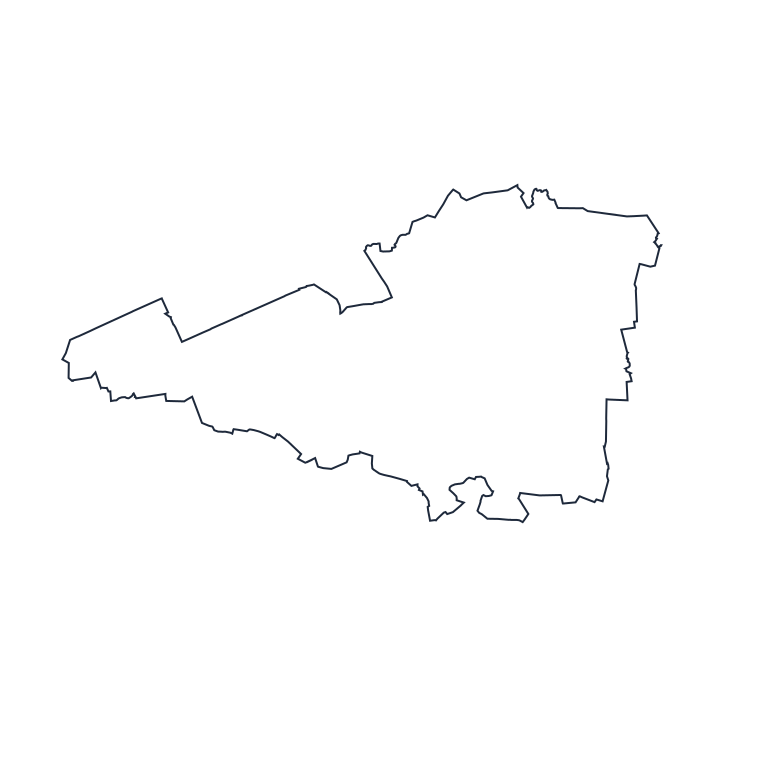 Platones pag., Jelgava, Latvia (Mercator projection), rotated 255°
{"feature_id": "27541924B52007351814960", "entity_name": "Platones pag.", "entity_type": "district", "adm_level": 2, "iso_a3": "LVA", "parent_name": "Latvia", "parent_adm1": "Jelgava", "projection": "mercator", "projection_center": [23.71, 56.549], "detail": "fine", "context": "isolated", "style": "outline", "palette": "slate", "viewbox_px": 768, "rotation_deg": 255, "n_neighbors": 0, "source": "geoboundaries", "source_scale": "gbopen_adm2", "svg_char_len": 6085}
<svg xmlns="http://www.w3.org/2000/svg" viewBox="0 0 768 768"><g transform="rotate(255 384 384)"><path d="M518.0,596.2L518.1,595.3L518.3,594.3L519.4,592.3L520.4,591.5L521.4,591.2L522.9,591.3L523.7,590.6L524.8,590.8L525.6,591.5L527.3,591.7L529.3,591.0L529.2,590.8L529.4,590.4L529.4,590.0L529.5,589.9L529.5,588.6L528.9,587.3L528.7,586.6L528.8,585.9L529.0,585.6L529.8,585.8L530.4,585.7L530.9,584.8L530.9,583.7L530.8,582.5L531.2,582.0L531.7,581.7L532.8,581.8L533.2,581.5L533.2,580.7L532.8,579.6L531.6,578.5L531.1,578.1L529.8,577.5L527.2,575.6L526.6,575.5L525.1,575.9L524.4,575.9L522.7,574.4L522.2,574.2L521.7,574.2L520.2,574.8L519.0,574.8L518.6,574.2L518.5,573.8L517.9,572.3L517.1,571.2L516.9,570.8L516.6,569.7L517.2,568.9L517.6,568.6L517.7,568.3L517.3,567.8L529.5,564.8L532.3,568.2L539.2,563.9L541.6,564.3L539.1,553.7L539.1,553.4L541.1,537.8L542.3,529.8L542.3,529.1L540.1,511.2L544.4,506.8L548.5,506.2L553.9,501.2L553.7,500.8L549.3,494.5L542.2,487.7L537.0,481.9L531.7,476.3L535.7,469.7L534.5,465.2L533.5,457.6L533.4,455.1L533.2,453.5L523.1,447.3L523.0,446.3L523.1,445.3L522.5,443.5L523.3,440.7L523.3,438.9L523.0,437.8L522.2,436.7L521.4,435.7L517.2,432.5L516.8,432.0L516.6,431.2L515.7,430.2L514.3,430.8L513.9,430.8L513.4,430.5L513.1,429.8L513.3,428.3L513.3,427.8L513.5,427.0L510.8,426.1L510.7,423.7L512.2,417.4L513.4,415.0L520.8,416.1L521.2,414.6L521.1,413.2L522.0,410.3L522.0,409.1L521.6,408.2L520.9,407.5L520.9,406.7L521.1,406.1L521.6,405.5L522.2,404.3L521.9,403.2L520.9,402.0L519.8,401.9L518.3,400.8L517.7,399.5L486.5,409.2L482.7,410.6L477.4,412.3L465.6,414.0L464.0,402.8L463.8,402.8L464.3,400.4L464.9,395.6L464.3,394.3L464.4,393.5L464.4,392.8L465.0,390.6L466.3,384.8L466.5,382.8L467.2,374.4L467.8,368.4L467.6,367.7L464.4,362.9L463.6,361.2L463.3,360.0L464.0,360.1L466.5,360.9L471.6,361.5L478.0,360.3L485.2,354.2L485.3,354.3L486.4,353.5L486.4,353.2L486.8,352.8L487.4,352.6L487.9,352.1L487.7,351.6L498.3,342.1L498.2,341.1L498.4,337.2L498.6,335.1L498.7,334.6L498.1,334.2L497.9,333.7L497.9,332.5L498.0,326.5L496.9,326.6L494.9,311.5L494.6,310.7L492.0,294.1L487.2,263.2L487.1,263.3L487.1,262.9L483.9,242.9L483.9,242.5L482.2,231.5L481.8,230.6L480.6,222.4L477.6,203.7L477.0,199.7L492.7,197.2L495.6,196.3L495.9,195.9L502.8,195.0L503.7,195.5L504.7,194.1L508.5,190.9L509.0,194.0L523.9,191.5L524.2,191.5L524.2,191.1L519.3,160.4L519.0,159.2L512.4,120.1L511.2,113.6L509.1,101.0L509.1,100.3L508.8,98.3L507.8,92.2L496.2,84.7L491.0,79.7L485.9,85.0L471.5,80.9L467.7,83.5L467.6,84.3L468.1,84.3L466.1,102.8L469.9,108.3L453.3,109.5L453.6,109.9L452.0,114.6L452.0,115.3L448.1,115.9L447.7,117.7L438.2,115.9L437.8,119.9L437.5,121.0L437.7,121.9L438.0,122.5L438.7,123.9L438.9,125.4L439.0,127.2L438.7,128.9L438.3,130.6L437.3,131.5L436.6,132.8L436.4,133.4L436.4,134.0L437.0,135.8L437.8,137.6L438.2,138.2L439.2,138.8L439.7,139.8L436.8,140.4L436.1,140.1L436.1,140.6L434.3,140.9L431.0,170.3L429.4,169.8L425.5,169.4L424.0,169.3L422.1,175.7L418.9,186.6L420.0,190.0L421.4,195.4L393.5,198.1L389.1,203.9L388.6,204.7L387.4,207.0L386.7,207.4L383.3,208.1L381.0,211.4L379.9,214.9L379.6,215.6L379.1,218.1L378.8,218.8L376.7,223.0L375.3,224.6L379.1,226.8L379.3,227.1L379.2,227.3L377.7,230.8L373.8,239.4L374.8,241.9L374.9,242.3L374.8,242.6L374.7,243.1L373.2,246.3L370.9,250.3L369.7,252.1L365.5,257.5L362.3,261.5L360.0,264.2L360.0,264.3L360.7,265.1L362.6,266.9L363.3,267.7L362.0,269.0L362.4,269.7L358.9,272.1L353.2,276.4L337.8,285.8L334.1,281.4L328.4,287.5L328.3,287.8L329.1,292.2L328.9,292.0L329.4,294.7L329.6,294.9L330.3,298.3L321.4,298.8L321.1,299.0L318.5,303.5L315.6,311.2L318.0,327.6L320.3,329.4L324.0,331.1L324.1,332.2L324.1,335.5L323.3,342.4L324.8,343.2L323.7,344.4L317.5,354.1L310.4,351.7L305.4,350.9L303.6,352.1L299.0,356.1L298.2,357.1L296.2,360.4L294.1,364.4L293.1,366.4L288.3,374.6L284.3,381.1L283.6,380.8L283.4,380.9L278.5,384.1L278.4,390.4L276.4,389.9L273.9,391.3L272.6,390.3L270.3,393.4L267.0,393.0L267.3,393.9L262.8,396.0L259.1,396.7L257.4,396.3L254.6,396.1L254.0,394.4L250.5,393.9L240.0,393.1L239.5,397.1L239.1,398.9L238.9,399.0L240.2,400.9L244.3,408.5L244.4,410.3L242.0,411.4L242.4,417.4L246.9,427.0L247.1,427.2L248.8,430.4L252.9,424.1L254.7,424.6L256.4,424.8L256.9,424.7L260.5,422.7L264.8,419.9L266.8,420.6L267.4,421.2L268.2,422.9L268.7,426.5L268.2,430.6L268.0,431.4L267.9,433.9L268.0,435.0L270.8,439.5L271.5,442.0L268.5,447.0L270.4,448.8L269.8,451.6L269.4,453.9L268.9,454.2L266.8,456.8L259.7,457.8L252.9,460.3L252.1,461.6L248.8,459.1L248.7,458.9L248.7,456.3L249.3,453.2L251.0,451.3L250.4,449.8L246.2,447.0L245.3,446.8L243.0,445.4L237.4,441.5L234.9,442.6L233.0,444.7L227.1,449.0L224.1,459.5L220.6,469.1L220.2,470.8L220.0,471.0L218.3,477.1L217.5,479.1L217.0,479.8L214.7,482.2L216.5,484.5L221.1,489.8L238.0,484.6L238.7,484.1L242.2,486.6L243.5,487.3L236.1,505.5L231.1,525.8L230.7,526.2L222.5,525.8L222.2,525.9L220.1,538.4L224.7,543.5L224.8,543.5L224.9,544.0L223.1,546.2L215.4,556.8L217.5,559.3L214.1,564.8L232.8,575.7L237.2,575.5L243.6,578.1L244.0,579.0L247.8,579.6L249.7,579.5L249.4,578.8L266.7,580.2L266.3,581.0L271.0,583.5L290.6,589.1L293.2,589.7L311.6,595.0L310.7,597.5L305.2,615.0L323.2,618.9L322.6,623.9L325.5,624.1L329.9,623.8L330.5,625.3L333.5,621.5L336.0,621.7L336.4,621.2L336.7,622.6L336.8,623.9L337.0,624.8L337.3,625.4L337.9,626.0L338.3,626.2L340.3,626.6L341.6,626.3L341.8,626.1L342.1,625.6L342.5,625.3L342.8,625.3L344.0,626.1L345.1,626.5L345.4,626.3L345.2,625.8L345.6,625.1L345.8,625.0L346.1,625.1L346.8,625.6L348.0,625.6L350.5,627.0L351.1,627.7L351.4,627.2L352.3,627.1L375.1,627.2L373.5,640.9L379.4,641.6L379.0,644.6L392.8,647.8L408.5,651.3L409.4,651.5L409.7,651.8L411.4,652.4L413.0,652.3L415.0,651.8L415.6,651.9L433.8,662.0L433.1,663.5L428.4,671.6L428.2,676.4L443.7,685.1L445.0,684.4L445.6,687.0L446.3,687.7L446.4,687.4L446.0,687.1L445.8,686.5L445.5,684.1L448.0,683.3L449.6,682.5L449.8,682.7L451.1,681.7L451.8,683.1L453.7,685.2L454.2,684.5L455.1,684.6L455.8,685.6L456.4,686.2L458.4,687.3L458.5,688.3L478.8,681.6L479.5,678.0L481.5,668.6L483.0,662.0L498.3,625.5L502.4,621.6L503.2,618.1L508.8,598.0L509.1,597.4L514.4,596.5L514.8,596.7L518.0,596.2Z" fill="none" stroke="#1e293b" stroke-width="2"/></g></svg>